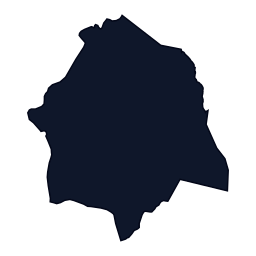 outline of Melekeok, Melekeok, Palau
{"feature_id": "81905179B96125611766208", "entity_name": "Melekeok", "entity_type": "district", "adm_level": 2, "iso_a3": "PLW", "parent_name": "Palau", "parent_adm1": "Melekeok", "projection": "natural_earth1", "projection_center": [134.606, 7.509], "detail": "fine", "context": "isolated", "style": "filled", "palette": "ink", "viewbox_px": 256, "rotation_deg": 0, "n_neighbors": 0, "source": "geoboundaries", "source_scale": "gbopen_adm2", "svg_char_len": 2966}
<svg xmlns="http://www.w3.org/2000/svg" viewBox="0 0 256 256"><path d="M208.0,110.5L207.5,110.8L207.1,111.0L206.7,111.2L206.5,111.3L206.1,111.4L205.7,111.3L205.3,112.1L205.2,111.8L205.1,111.5L204.8,111.1L204.3,110.1L203.8,109.4L203.2,108.5L202.9,107.7L202.7,106.9L202.6,106.2L202.6,105.5L202.5,104.9L202.5,104.2L202.4,103.9L202.5,103.2L202.7,102.9L202.9,102.2L203.0,101.6L203.1,101.1L203.0,100.8L202.9,100.5L203.0,100.3L203.0,99.8L203.0,99.3L202.8,98.8L202.6,98.3L202.6,98.0L202.4,97.6L202.2,97.0L202.2,96.5L202.1,96.1L202.3,95.7L202.3,95.2L202.5,94.7L202.6,94.0L202.7,93.5L202.8,93.2L202.7,92.4L202.7,91.9L202.9,91.8L202.9,91.3L202.8,90.8L202.8,90.6L202.8,90.3L202.8,90.0L203.0,89.4L203.1,88.9L203.0,88.3L202.9,87.4L202.6,87.0L202.2,86.1L201.9,85.7L201.6,85.2L201.2,84.7L200.9,84.4L200.6,84.2L200.1,83.9L199.4,83.0L199.0,82.7L198.5,82.4L198.2,82.3L197.7,82.3L196.9,81.9L196.9,81.2L196.5,80.8L196.3,80.3L196.3,80.0L196.2,79.6L195.9,79.3L195.5,78.9L194.8,78.1L194.8,77.0L194.6,76.8L194.4,76.6L194.6,76.3L194.8,76.0L194.8,75.7L195.0,75.1L194.9,74.7L195.1,74.1L195.3,73.5L195.4,72.9L195.4,72.6L195.2,72.4L195.3,72.3L195.3,72.0L195.3,71.6L195.2,71.4L194.9,70.9L194.7,71.1L194.7,70.7L195.1,67.5L194.4,67.3L194.3,67.0L193.9,66.3L194.1,65.5L194.0,64.8L193.8,64.3L193.6,64.2L193.3,63.7L192.8,62.8L191.9,61.7L190.9,60.8L190.2,59.5L189.4,58.5L188.4,57.4L187.8,56.7L187.3,56.3L187.0,56.2L186.6,55.5L186.5,55.4L186.2,55.3L186.1,55.2L185.9,55.0L185.6,54.9L185.5,54.7L185.2,54.6L185.1,54.2L184.8,54.1L184.6,53.4L184.2,52.8L184.1,52.6L183.7,52.3L183.1,52.0L182.9,51.8L182.7,51.7L182.2,51.6L181.9,51.8L181.8,52.0L181.7,52.1L181.7,51.8L181.5,51.5L181.6,51.3L181.6,51.0L181.4,50.6L181.3,49.8L181.1,49.3L160.7,45.3L123.0,16.1L122.1,15.4L121.3,16.9L119.9,18.8L116.3,20.6L112.1,21.0L109.8,19.7L106.9,19.0L105.9,20.4L103.8,23.0L102.1,27.7L100.9,29.0L99.8,28.4L98.7,27.4L97.8,25.5L95.6,24.6L94.7,25.6L94.6,27.1L93.9,27.8L93.1,27.2L91.3,26.7L84.6,29.4L81.2,31.3L79.6,33.3L79.2,35.4L81.3,38.1L85.4,42.8L84.8,44.7L83.7,47.3L75.9,59.3L65.6,77.2L60.1,82.0L52.4,84.8L48.6,88.2L47.6,91.6L45.7,93.6L44.4,96.4L44.4,99.8L44.1,103.9L41.7,106.5L35.4,109.1L31.2,109.1L29.4,110.0L27.8,112.8L29.4,119.5L33.5,122.7L40.2,130.3L41.0,131.4L44.2,130.7L46.0,131.6L46.8,134.2L45.9,136.1L48.2,141.4L51.3,149.1L51.5,152.6L51.8,154.7L51.0,157.7L49.3,162.9L47.7,172.0L47.3,177.2L48.3,185.8L50.4,198.4L50.2,201.8L53.5,202.6L56.7,203.6L60.4,202.6L64.8,200.3L69.9,199.4L74.0,200.5L83.7,204.1L87.6,206.3L90.9,206.5L101.0,208.0L107.0,209.6L110.9,211.9L113.3,213.7L114.1,215.2L115.7,223.5L120.9,240.6L124.6,239.4L125.7,239.0L127.2,237.8L128.7,237.4L131.8,233.8L134.1,230.5L137.6,228.9L139.2,227.5L139.2,223.4L142.1,214.7L143.8,211.8L145.5,211.2L150.0,211.9L151.8,211.9L154.7,208.9L156.0,206.7L158.8,205.0L159.9,203.0L161.2,201.5L163.6,200.5L165.4,200.9L167.8,201.2L168.0,200.9L180.0,179.3L227.4,190.8L228.2,170.1L224.9,158.7L216.7,148.1L206.1,124.4L208.0,110.5Z" fill="#0f172a" stroke="#020617" stroke-width="1.5"/></svg>